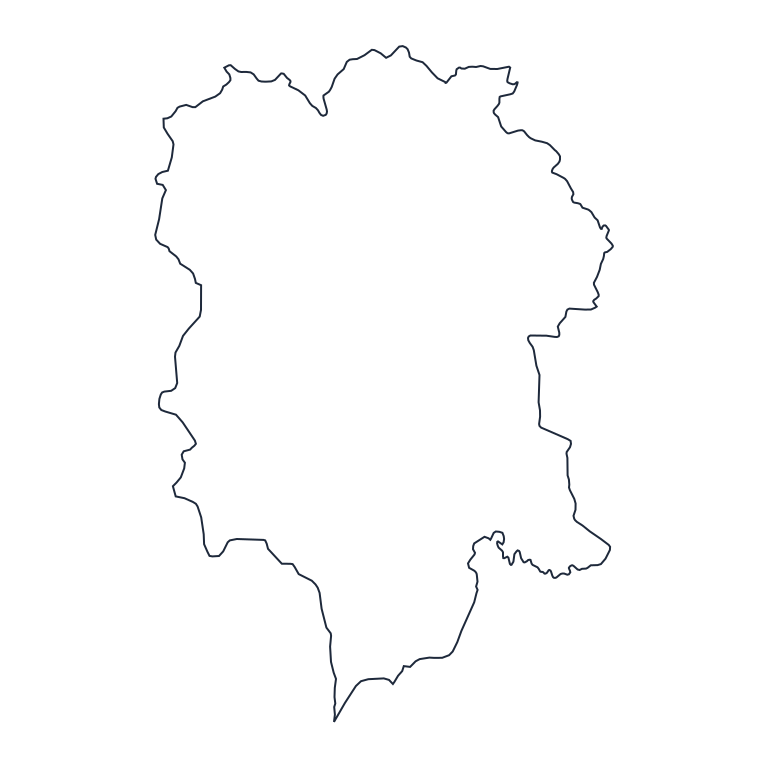 outline of Krong Nang, Đắk Lắk, Vietnam
{"feature_id": "81297802B49219208970184", "entity_name": "Krong Nang", "entity_type": "district", "adm_level": 2, "iso_a3": "VNM", "parent_name": "Vietnam", "parent_adm1": "Đắk Lắk", "projection": "robinson", "projection_center": [108.434, 12.998], "detail": "fine", "context": "isolated", "style": "outline", "palette": "slate", "viewbox_px": 768, "rotation_deg": 0, "n_neighbors": 0, "source": "geoboundaries", "source_scale": "gbopen_adm2", "svg_char_len": 6022}
<svg xmlns="http://www.w3.org/2000/svg" viewBox="0 0 768 768"><path d="M334.0,721.9L344.9,703.0L355.9,686.0L361.0,681.2L368.3,679.2L383.8,678.4L389.0,679.9L392.9,684.0L394.4,681.9L398.1,675.7L402.2,671.1L403.8,666.1L410.1,666.9L415.6,661.3L419.7,659.1L429.4,657.6L434.5,657.9L442.2,657.8L449.1,655.2L452.7,651.5L457.3,642.1L461.4,630.9L474.2,602.3L476.5,593.1L477.6,589.9L476.1,586.5L477.5,581.7L476.8,574.8L476.5,573.4L475.4,571.7L474.1,570.6L469.1,567.8L468.0,563.4L470.3,559.7L474.5,554.5L475.0,552.8L473.0,549.2L473.2,546.1L474.2,543.4L484.5,536.8L488.6,538.3L490.3,539.8L491.0,538.7L493.7,532.9L495.8,531.5L499.3,531.8L502.4,532.8L503.7,536.1L504.1,539.0L503.6,542.3L502.3,544.4L498.0,541.4L497.3,541.8L497.1,543.4L497.7,545.6L498.6,547.6L502.1,550.7L503.0,552.3L503.0,556.4L503.3,558.1L504.3,558.2L507.3,556.7L508.4,557.6L509.9,563.9L510.9,564.9L511.5,564.8L513.4,561.7L514.4,554.2L516.4,551.5L517.6,550.4L519.0,550.9L519.7,552.0L521.1,558.2L523.6,562.2L524.7,562.4L526.8,561.3L528.2,560.0L529.8,559.7L530.5,559.9L531.6,563.6L532.6,564.9L537.5,567.3L538.7,568.8L540.2,571.5L541.2,571.9L542.0,571.8L543.2,572.2L544.5,573.6L545.6,573.6L546.9,572.8L548.7,570.2L549.5,570.0L550.5,570.6L551.1,571.8L552.3,575.6L553.1,577.2L553.9,577.8L555.2,577.9L556.4,577.5L560.6,574.0L562.4,573.5L564.0,573.5L567.3,574.7L568.9,574.3L570.3,572.3L570.0,570.9L568.9,568.3L568.9,567.7L570.0,566.3L571.5,565.4L572.5,565.3L573.7,566.0L577.6,569.5L579.6,570.0L582.0,568.8L586.0,568.6L587.5,567.9L590.8,565.3L597.6,565.1L600.9,564.1L605.5,558.7L609.9,550.0L610.1,546.8L608.7,544.9L600.9,539.0L589.7,531.3L582.5,525.5L576.9,521.9L575.1,520.2L574.2,518.7L573.5,515.8L575.5,509.8L575.6,503.5L574.3,498.9L569.9,490.2L569.0,487.5L569.3,484.6L568.9,479.5L567.6,475.4L567.4,457.9L566.5,453.7L566.7,452.0L570.0,447.2L571.0,443.9L570.6,440.9L567.8,439.2L541.1,427.6L539.5,425.9L539.1,424.0L540.1,416.7L540.0,410.4L538.6,402.3L539.5,375.0L536.4,365.7L533.8,350.2L532.6,346.8L529.8,343.0L528.3,340.3L528.0,338.0L528.7,336.5L530.4,335.5L546.5,335.7L554.8,336.9L557.0,337.0L558.7,336.3L559.3,334.9L559.3,332.8L557.8,326.6L559.7,323.3L565.4,316.9L566.4,311.5L567.4,309.6L569.4,308.6L585.0,309.6L591.0,309.5L595.1,307.7L596.7,306.6L593.5,302.3L593.2,301.2L594.2,299.8L596.1,298.6L598.6,296.2L598.7,294.8L597.8,292.3L594.0,284.7L593.9,282.8L597.0,276.9L599.7,269.8L600.9,263.9L603.2,259.0L603.9,256.0L604.2,253.1L604.9,252.4L607.2,251.9L610.8,249.1L612.6,247.0L612.8,246.5L612.8,245.7L611.5,243.6L606.8,238.7L606.3,237.8L606.6,236.0L608.9,230.4L608.8,229.7L606.0,225.9L605.2,225.4L603.7,225.5L602.5,226.7L601.7,228.9L600.9,228.8L600.0,227.4L597.6,220.3L594.6,217.5L591.4,212.1L589.2,210.2L588.0,209.5L582.5,207.7L580.4,204.2L580.0,203.9L577.8,203.2L574.2,202.6L573.1,202.0L571.9,199.6L571.7,198.2L572.0,196.8L573.4,194.2L573.1,192.0L570.9,188.4L567.1,181.2L565.1,178.9L563.6,177.9L556.6,174.2L552.3,172.6L551.9,171.8L552.0,170.6L552.7,168.9L553.7,167.5L557.9,163.8L559.5,161.5L560.0,159.5L560.0,156.4L558.9,154.4L556.2,151.2L554.8,150.1L549.9,145.1L547.1,143.2L541.8,141.7L535.2,140.4L530.8,138.3L529.2,137.2L527.1,135.1L524.1,131.3L522.5,130.3L521.1,130.2L518.0,130.6L509.0,133.4L508.2,133.3L507.5,133.2L506.1,132.1L501.2,126.5L498.1,117.1L495.1,114.5L494.0,113.2L493.7,112.4L493.6,110.7L494.5,109.2L497.4,106.0L498.9,104.0L499.4,102.6L499.4,98.8L499.7,96.9L500.5,96.4L510.2,94.3L512.7,93.5L514.2,91.5L517.0,84.9L517.6,82.7L517.6,82.4L516.9,82.2L514.6,84.1L512.8,84.3L509.6,83.3L507.6,82.2L507.2,81.0L507.5,78.9L510.2,67.6L509.0,66.7L497.3,69.0L490.2,68.9L483.1,66.3L480.5,66.0L476.1,67.0L472.4,66.7L468.8,66.9L464.8,68.7L461.4,68.5L460.1,67.6L459.0,67.6L456.7,69.2L456.3,70.5L455.9,74.5L455.0,75.5L451.4,76.3L446.4,82.7L445.5,82.9L445.1,82.0L437.6,78.3L431.9,72.4L426.5,65.9L422.6,62.2L416.4,60.5L411.2,58.4L409.7,56.7L409.0,52.6L407.6,49.2L405.9,47.5L402.7,46.1L399.2,46.6L390.9,55.4L386.1,57.8L380.7,53.3L374.5,50.1L371.8,49.8L364.5,55.2L357.0,59.0L352.8,59.2L349.6,59.7L346.8,61.9L343.7,69.1L337.6,74.4L334.6,78.7L331.7,87.0L330.2,89.8L328.9,91.7L323.5,95.5L323.4,96.9L323.6,98.7L326.7,109.6L327.0,111.6L326.6,113.6L325.7,114.9L323.1,115.8L321.0,114.9L319.4,112.8L318.0,110.3L315.9,108.0L312.3,105.9L309.9,103.2L305.2,95.5L298.4,90.3L290.2,86.4L289.1,85.5L289.3,84.3L290.5,81.9L290.4,80.9L289.7,80.0L287.0,77.9L283.7,73.8L281.7,73.4L281.0,73.5L275.0,79.9L271.3,81.4L265.5,81.7L261.5,81.5L258.5,80.7L256.7,78.6L253.7,74.4L250.6,72.4L246.0,71.9L241.2,72.0L238.4,71.4L234.9,68.9L230.7,65.2L228.9,65.3L224.3,67.7L226.6,71.6L229.3,74.4L230.4,78.0L230.4,80.2L229.0,82.1L226.3,84.6L223.2,86.5L222.2,89.6L220.1,93.2L215.3,96.6L202.9,101.3L195.4,107.1L192.5,107.1L186.2,104.9L179.6,106.6L177.5,107.8L175.6,111.2L171.3,116.5L167.3,118.3L163.5,118.7L163.8,127.5L167.5,133.7L172.7,141.2L173.5,144.4L171.8,157.4L167.9,170.7L162.3,172.0L158.3,174.1L156.0,176.9L155.5,178.8L157.1,183.8L162.7,184.9L165.9,190.1L162.3,198.4L159.1,219.2L155.2,234.9L156.2,239.6L160.1,243.8L167.6,247.1L168.7,248.5L169.5,251.2L176.3,256.5L178.5,259.3L180.2,263.7L189.8,269.8L193.1,273.5L195.0,279.0L195.8,282.9L201.1,285.2L201.0,309.9L199.7,316.6L188.8,328.6L183.0,335.9L179.3,345.9L175.5,352.5L175.0,356.7L177.2,383.0L175.2,388.1L171.2,390.8L164.3,391.6L162.1,392.5L160.8,394.5L159.4,398.9L158.9,404.1L159.3,407.5L161.3,410.0L165.2,411.5L176.0,414.7L182.7,422.4L194.9,440.6L195.9,443.8L194.4,445.7L191.9,447.7L190.1,449.6L183.7,451.3L181.7,454.7L182.5,459.4L184.9,462.7L184.2,468.4L180.8,477.4L176.5,482.6L172.9,486.2L175.7,496.4L184.5,498.2L193.0,502.0L195.9,503.8L197.6,506.5L201.2,517.4L203.7,534.2L204.1,544.2L207.4,551.7L209.5,555.9L212.4,556.4L219.0,556.0L223.2,551.4L227.7,542.3L229.8,540.4L236.8,539.0L263.5,539.9L265.2,540.4L266.7,543.7L268.0,548.8L281.8,563.7L290.4,563.8L292.6,564.1L294.6,566.9L298.7,574.1L311.8,580.7L315.5,584.4L317.7,587.7L319.6,592.9L321.6,608.7L326.4,627.6L330.7,633.3L331.1,635.8L330.1,646.6L331.0,661.9L333.7,672.7L336.0,678.9L334.8,687.8L334.5,697.1L335.3,703.5L334.2,707.0L334.9,714.6L334.0,721.9Z" fill="none" stroke="#1e293b" stroke-width="2"/></svg>